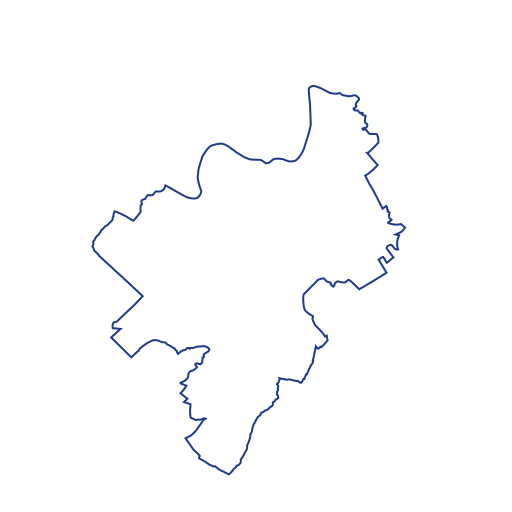 the district of Tan Uyen, Bình Dương, Vietnam, rotated 224°
{"feature_id": "81297802B30800695298767", "entity_name": "Tan Uyen", "entity_type": "district", "adm_level": 2, "iso_a3": "VNM", "parent_name": "Vietnam", "parent_adm1": "Bình Dương", "projection": "orthographic", "projection_center": [106.743, 11.057], "detail": "fine", "context": "isolated", "style": "outline", "palette": "blue", "viewbox_px": 512, "rotation_deg": 224, "n_neighbors": 0, "source": "geoboundaries", "source_scale": "gbopen_adm2", "svg_char_len": 6125}
<svg xmlns="http://www.w3.org/2000/svg" viewBox="0 0 512 512"><g transform="rotate(224 256 256)"><path d="M124.0,80.0L123.7,80.4L123.7,84.1L124.0,87.1L123.8,90.2L124.2,91.1L124.2,91.6L123.5,92.9L123.3,94.2L123.4,96.4L124.6,98.1L125.6,99.2L125.9,101.8L128.4,110.8L129.1,111.9L130.7,113.4L131.7,116.2L133.3,119.8L134.5,121.8L136.3,124.1L136.8,126.5L139.5,130.5L140.9,133.9L141.3,136.0L142.4,139.1L142.4,140.1L142.8,141.3L142.4,144.5L143.3,146.9L143.1,147.8L142.4,148.6L142.2,150.7L141.0,153.5L140.8,155.2L141.0,157.4L140.4,158.2L140.3,159.2L140.4,160.1L140.7,160.9L142.1,162.2L142.2,162.7L141.6,164.8L142.2,166.4L141.5,167.9L141.3,168.9L141.4,169.5L142.3,170.0L143.1,170.8L144.6,170.9L145.6,171.9L146.8,173.4L146.9,174.4L147.3,175.2L148.6,176.2L149.0,176.8L149.2,177.5L150.6,178.3L151.7,178.2L152.0,178.5L152.0,181.0L153.0,182.5L153.2,184.0L154.2,184.3L150.3,186.8L149.9,187.4L149.0,187.6L147.8,188.4L146.3,190.6L145.2,191.0L144.3,191.7L142.7,192.4L141.8,193.2L140.2,194.0L139.2,195.2L137.1,195.3L135.4,196.2L135.8,198.5L136.4,199.7L136.4,201.0L135.8,201.2L137.8,205.6L137.7,205.9L137.3,206.1L140.6,215.5L140.8,217.9L141.9,220.2L142.6,220.2L144.0,222.9L150.2,232.6L147.8,232.2L147.0,232.3L146.6,234.5L146.6,235.6L146.4,235.8L145.7,235.9L145.6,240.4L146.0,245.1L149.8,247.8L150.3,246.1L155.0,247.0L165.2,247.4L166.1,247.5L171.3,249.6L171.7,250.0L172.9,252.1L173.2,252.3L177.5,251.3L179.9,251.0L181.5,250.9L183.7,251.2L185.9,252.4L189.6,255.4L193.2,258.9L195.0,261.5L194.8,282.0L193.6,284.6L191.8,287.0L187.4,286.9L186.4,287.1L185.8,287.8L184.0,288.4L183.3,288.5L182.8,288.2L182.5,287.5L181.1,287.7L180.0,287.4L179.2,287.5L179.0,288.6L179.2,289.4L180.4,291.1L179.9,294.1L179.3,294.7L175.3,297.2L173.9,298.3L173.3,300.2L173.1,302.8L172.3,303.4L169.4,303.8L158.6,303.8L154.1,320.2L150.5,334.7L165.3,338.6L164.2,343.5L163.8,343.7L157.3,342.0L156.8,344.2L156.7,346.9L156.1,350.4L166.7,352.1L167.4,352.4L168.0,353.1L168.2,354.7L167.3,357.3L166.1,358.0L163.9,358.0L161.3,357.5L159.2,358.5L158.4,359.4L159.7,360.0L162.4,362.2L164.3,364.4L166.1,366.9L167.4,370.3L170.5,368.4L168.1,374.5L168.1,376.2L168.5,380.0L173.9,379.7L175.8,377.1L177.9,375.1L181.0,372.9L183.9,371.6L184.2,371.8L183.6,375.3L183.7,376.3L186.0,376.0L187.0,376.2L189.0,378.1L190.1,380.1L190.6,380.1L191.9,379.5L192.5,379.5L193.1,380.8L194.5,381.0L195.9,382.2L197.1,382.4L197.8,378.0L214.6,383.8L219.0,385.2L224.5,386.6L233.3,389.7L232.4,393.2L231.6,400.3L231.7,405.9L239.3,406.5L247.8,407.4L247.1,408.4L246.7,413.1L246.7,422.6L248.5,424.5L250.9,426.2L253.6,427.6L254.9,426.9L255.7,425.7L256.5,425.3L257.9,423.7L258.7,423.1L260.1,422.6L263.4,423.1L264.7,423.2L265.7,422.6L266.5,421.4L266.8,421.1L267.4,421.2L268.0,421.6L267.2,423.2L266.1,424.7L265.9,426.0L266.2,426.8L267.3,427.8L268.1,428.1L269.9,427.7L270.8,428.1L273.6,431.2L273.9,432.2L274.3,432.8L274.6,432.9L275.3,432.7L277.1,431.5L277.9,432.1L278.1,432.0L278.4,431.4L278.7,431.4L278.8,431.7L278.5,432.6L278.7,432.9L279.0,432.8L281.0,431.0L283.9,431.4L284.5,431.0L285.6,429.6L287.4,429.3L288.2,429.8L288.3,430.2L287.7,431.5L287.7,433.2L287.9,433.6L288.9,433.8L289.6,434.5L290.0,435.2L290.3,436.3L290.6,440.2L291.4,440.9L292.0,441.0L293.7,441.0L296.0,440.7L297.3,439.5L298.3,437.7L300.0,435.5L304.9,432.2L306.0,431.8L308.8,431.4L309.4,431.0L310.1,429.5L310.8,428.7L313.5,426.3L316.1,424.6L325.8,421.8L331.5,419.3L333.4,417.7L334.2,416.0L334.4,413.7L334.2,413.1L333.8,412.5L329.8,408.8L321.9,402.1L307.9,388.6L303.7,381.8L295.7,365.7L294.4,361.5L293.6,356.8L293.7,352.9L293.9,352.0L294.8,350.4L296.4,348.5L298.1,346.9L304.2,344.2L307.5,341.6L309.8,339.2L310.9,336.6L311.4,332.2L312.2,330.7L313.2,329.6L318.9,328.6L319.7,328.1L326.4,322.1L328.1,321.0L332.9,319.0L341.2,317.1L352.4,315.6L356.4,314.3L358.9,312.9L360.4,311.2L362.4,308.6L365.0,303.9L365.3,302.1L365.2,298.3L364.1,292.0L363.5,289.9L360.2,283.3L357.6,278.5L352.3,271.7L346.9,268.0L340.4,264.6L339.1,262.4L338.5,259.8L338.6,256.9L339.5,255.5L340.6,254.2L342.2,252.8L346.2,250.4L350.6,249.0L370.2,243.9L368.6,240.2L368.7,238.8L369.3,236.4L371.2,234.3L372.6,233.3L373.0,232.7L372.7,228.2L373.2,227.1L375.4,225.4L376.1,224.5L376.0,222.7L375.4,220.1L376.8,217.2L376.8,216.5L376.7,216.0L376.4,215.7L374.4,214.4L374.0,213.9L374.1,212.7L373.7,211.8L371.2,208.9L369.9,208.0L369.5,207.1L369.0,202.2L368.7,196.1L377.1,194.2L383.7,192.1L388.7,190.0L387.6,187.3L386.1,185.5L385.9,184.0L384.7,183.0L384.3,182.0L384.3,175.3L385.1,172.5L385.2,171.6L384.8,169.5L385.1,168.5L385.2,167.0L384.6,165.7L384.5,164.0L384.0,162.2L384.3,159.4L383.8,156.6L383.2,155.1L383.1,153.5L382.8,153.0L381.4,151.8L380.2,149.3L378.2,148.7L376.8,147.8L375.6,147.6L370.0,147.6L369.3,147.1L330.0,148.1L309.6,148.4L309.5,135.8L310.3,120.6L310.5,112.3L310.6,111.8L311.9,110.1L312.1,109.6L312.1,108.7L311.1,106.5L308.9,104.6L302.8,109.5L303.6,96.8L275.3,96.5L275.0,103.9L274.6,106.3L275.2,107.7L275.1,110.6L273.8,117.9L271.9,123.1L271.3,124.2L270.1,125.5L267.5,127.3L264.3,128.5L263.0,129.2L261.5,130.7L261.1,130.9L258.6,130.7L255.3,131.7L251.3,132.5L250.7,132.9L250.2,133.0L248.9,132.5L247.2,132.7L245.8,131.9L244.1,131.4L243.7,135.2L243.2,136.3L243.1,137.4L241.6,139.3L241.6,141.8L241.4,142.2L240.6,143.0L240.2,143.1L239.3,143.1L239.2,144.4L237.5,145.8L236.6,147.8L235.7,148.9L235.2,150.2L233.7,151.6L231.2,154.7L230.4,155.4L226.9,156.7L224.9,156.6L224.3,155.5L224.0,154.1L225.1,150.2L225.2,149.3L225.0,148.4L224.1,147.9L223.3,146.9L224.0,145.8L223.3,145.4L221.2,142.6L220.5,141.4L220.9,139.4L224.2,137.6L224.6,136.8L224.4,135.7L221.2,135.1L221.4,131.3L222.1,129.3L223.0,128.1L223.2,127.4L223.2,125.4L222.8,124.4L221.2,122.3L220.5,121.0L220.4,120.1L220.4,117.1L222.2,112.4L221.9,112.0L221.4,112.0L219.1,113.1L215.9,114.3L215.0,108.6L215.0,104.8L206.2,105.6L206.3,100.9L200.3,103.9L199.0,102.7L196.9,99.9L195.3,98.3L192.8,95.9L190.5,94.2L189.1,95.0L185.9,96.0L184.9,96.7L184.0,98.2L182.2,99.6L180.8,102.9L180.2,103.5L179.3,103.9L179.8,101.5L178.0,90.0L177.8,84.5L178.3,81.0L180.1,75.9L166.5,73.3L157.9,73.3L157.6,73.0L156.9,71.2L156.2,71.0L149.8,72.7L144.0,73.7L142.2,74.6L141.0,74.7L140.5,74.9L139.7,76.0L139.0,76.4L134.5,76.7L124.0,80.0Z" fill="none" stroke="#1e3a8a" stroke-width="2"/></g></svg>